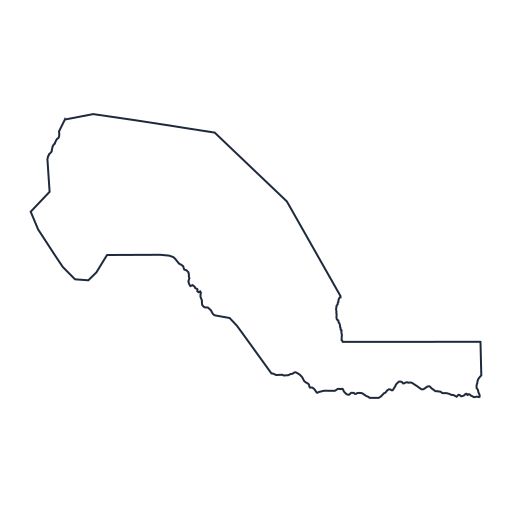 the district of Nawae District, Morobe, Papua New Guinea
{"feature_id": "67681753B35920767491550", "entity_name": "Nawae District", "entity_type": "district", "adm_level": 2, "iso_a3": "PNG", "parent_name": "Papua New Guinea", "parent_adm1": "Morobe", "projection": "equal_earth", "projection_center": [147.161, -6.504], "detail": "fine", "context": "isolated", "style": "outline", "palette": "slate", "viewbox_px": 512, "rotation_deg": 0, "n_neighbors": 0, "source": "geoboundaries", "source_scale": "gbopen_adm2", "svg_char_len": 3382}
<svg xmlns="http://www.w3.org/2000/svg" viewBox="0 0 512 512"><path d="M286.9,201.5L277.2,192.2L254.8,170.9L214.7,132.6L185.8,128.1L174.5,126.3L135.0,120.2L93.2,114.1L65.1,119.5L65.0,119.3L59.0,131.4L59.3,134.3L59.1,136.3L58.5,137.9L57.1,138.9L56.1,140.4L55.6,141.6L54.9,142.8L54.9,143.6L53.8,144.4L52.6,146.5L52.2,148.5L51.8,149.8L51.8,151.0L51.5,151.7L50.5,152.9L49.3,154.0L48.9,154.4L48.8,155.3L48.0,156.4L47.8,157.9L47.4,159.0L49.6,191.8L30.7,211.7L38.1,229.4L54.1,254.0L62.8,267.0L75.0,279.3L88.3,280.3L96.4,272.4L106.9,255.2L107.2,255.0L160.2,254.8L169.0,255.6L170.1,256.0L171.1,256.3L173.3,257.1L175.3,258.9L176.5,260.5L177.5,261.7L179.0,263.6L181.1,264.7L183.2,266.2L183.6,267.9L184.3,269.6L186.5,270.3L188.5,272.4L188.9,274.8L188.9,276.8L189.4,278.2L188.4,281.3L189.0,283.8L190.4,286.1L192.6,285.1L194.7,286.8L195.3,288.2L197.1,288.9L197.5,289.5L197.3,291.2L198.3,292.1L199.4,292.1L200.1,291.4L200.9,292.6L200.5,294.8L200.5,296.9L201.2,298.6L201.9,300.5L201.9,302.5L202.1,304.7L203.3,306.4L204.8,307.4L207.8,307.5L209.1,308.6L211.0,310.4L212.4,313.1L213.6,314.7L215.1,315.4L229.6,318.0L236.9,325.7L243.4,334.6L271.4,373.4L273.1,373.6L276.1,375.0L281.4,374.8L282.3,374.8L283.8,375.5L288.3,375.2L290.4,374.1L291.9,373.9L292.9,373.5L293.2,373.4L294.0,372.7L294.8,372.3L295.7,372.3L297.5,373.2L299.6,374.6L300.7,375.6L302.3,377.4L303.4,379.6L304.2,381.1L305.7,382.3L308.0,383.6L308.6,384.1L309.1,385.1L309.4,386.7L310.0,387.6L312.1,387.5L313.6,388.5L314.5,389.4L316.5,392.3L316.9,392.7L317.6,392.7L318.8,392.0L323.8,390.8L325.2,390.7L329.9,390.8L334.8,390.8L335.6,390.4L337.4,389.1L338.2,388.9L339.4,388.9L340.8,389.2L341.3,388.9L342.5,388.9L343.1,389.5L343.6,391.0L344.3,392.0L346.0,393.7L347.3,394.5L348.8,394.8L349.5,394.5L350.3,393.5L351.4,392.8L353.7,392.9L355.0,393.9L356.0,393.9L357.2,393.1L358.5,392.9L361.2,393.0L362.6,393.5L366.2,396.0L368.5,396.9L369.7,397.9L378.6,397.9L380.4,396.8L381.6,395.8L383.9,393.3L385.2,392.8L385.7,392.3L387.2,390.4L388.7,389.4L390.1,389.4L392.0,390.4L392.7,390.2L393.4,389.2L395.4,386.0L395.9,384.5L398.9,381.6L400.7,381.6L402.1,382.1L403.0,383.4L403.9,383.4L406.2,382.3L407.6,382.3L408.2,382.7L410.7,382.5L412.0,382.9L417.0,386.1L421.0,389.0L421.8,389.4L423.5,389.2L425.2,388.1L427.3,386.6L428.3,386.3L429.2,386.3L430.0,386.6L431.4,388.2L434.1,390.2L435.4,391.2L437.8,391.2L438.3,391.5L439.9,391.5L440.7,391.8L442.3,393.1L446.4,393.1L449.4,393.9L451.3,394.9L453.4,395.0L456.6,396.7L457.2,396.2L458.4,394.8L459.6,395.0L461.2,396.3L462.0,396.2L464.1,395.4L465.2,394.2L466.1,393.7L466.8,393.9L467.4,395.0L467.7,395.0L468.4,394.4L469.1,394.2L469.9,394.7L471.2,395.8L472.3,396.2L473.8,397.1L474.6,397.1L476.9,396.6L478.9,397.1L479.5,396.9L479.7,395.9L479.3,394.1L478.5,392.6L477.8,389.6L476.5,387.9L476.6,385.2L477.3,382.9L477.7,380.5L478.3,379.0L479.4,377.5L481.3,375.3L480.5,341.9L480.3,341.8L342.8,341.9L342.4,341.0L341.6,340.2L341.7,337.9L341.7,336.9L341.9,335.4L341.6,333.3L341.3,331.5L341.6,330.4L340.6,329.6L340.6,328.0L340.0,326.8L340.1,325.7L339.7,324.4L339.5,323.5L338.7,322.6L338.3,320.5L337.9,320.4L337.6,319.9L336.9,319.5L336.5,317.8L336.5,316.6L336.6,314.0L336.3,313.0L336.5,311.7L336.3,311.1L336.2,309.9L336.1,308.7L336.4,307.3L336.5,305.9L337.7,304.2L337.8,302.7L338.5,301.8L338.4,301.0L338.4,300.4L338.7,299.4L339.1,298.4L339.9,297.3L340.5,297.3L340.5,296.1L286.9,201.5Z" fill="none" stroke="#1e293b" stroke-width="2"/></svg>